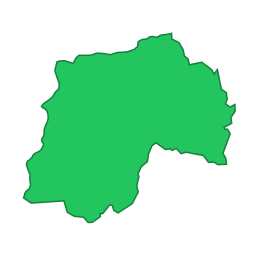 the district of Delchevo, Delčevo, North Macedonia, rotated 267°
{"feature_id": "65306769B90097726978799", "entity_name": "Delchevo", "entity_type": "district", "adm_level": 2, "iso_a3": "MKD", "parent_name": "North Macedonia", "parent_adm1": "Delčevo", "projection": "robinson", "projection_center": [22.782, 41.938], "detail": "fine", "context": "isolated", "style": "filled", "palette": "green", "viewbox_px": 256, "rotation_deg": 267, "n_neighbors": 0, "source": "geoboundaries", "source_scale": "gbopen_adm2", "svg_char_len": 2081}
<svg xmlns="http://www.w3.org/2000/svg" viewBox="0 0 256 256"><g transform="rotate(267 128 128)"><path d="M145.9,236.0L143.6,231.0L147.1,226.6L151.5,228.6L158.3,228.0L161.7,223.3L181.7,220.3L177.3,216.9L182.1,214.4L189.8,205.1L187.9,192.6L193.8,191.6L197.0,188.1L203.5,187.1L210.6,183.4L214.5,176.5L220.3,176.4L220.0,175.6L219.3,170.1L219.1,166.8L218.9,165.0L217.5,163.1L217.4,162.5L217.3,160.6L217.3,159.9L218.1,157.3L218.0,154.7L217.3,153.5L216.6,152.4L215.8,151.1L215.8,147.7L215.6,147.0L215.1,145.4L213.6,142.7L208.7,141.7L207.4,139.9L206.2,138.3L205.9,137.7L205.7,137.0L204.1,131.3L203.9,126.7L204.0,121.8L202.9,117.0L202.2,114.9L202.6,111.9L203.6,107.9L204.1,104.3L204.3,100.8L203.8,98.3L202.8,96.1L202.7,91.2L203.0,85.7L203.2,83.0L201.7,80.9L199.7,79.1L195.7,76.9L195.8,75.7L197.3,71.3L198.3,69.1L198.6,66.4L198.3,62.3L197.9,60.7L196.3,60.1L191.0,58.5L188.2,58.1L182.7,59.7L179.9,60.5L176.9,61.4L175.3,61.7L172.3,61.2L170.7,60.8L169.9,60.4L169.6,59.6L169.0,58.8L167.6,57.3L167.0,56.9L164.7,55.4L162.7,54.0L159.1,48.8L156.9,45.2L154.2,42.7L152.5,44.0L152.0,45.5L149.2,48.1L146.0,48.7L142.0,48.9L138.0,47.6L134.6,45.7L129.9,44.0L128.0,44.1L126.3,43.8L124.2,43.4L123.3,42.6L122.4,41.9L121.1,41.2L119.9,41.1L119.3,41.2L116.7,42.8L115.3,42.6L114.4,42.2L112.0,40.9L110.4,39.6L109.1,37.6L108.1,35.0L107.3,33.3L105.5,31.5L104.9,31.3L104.3,31.1L101.4,28.0L100.8,27.4L100.1,25.7L96.9,24.6L91.9,25.9L86.4,27.6L85.2,27.7L83.2,27.3L77.8,27.5L76.0,27.7L73.7,26.7L72.1,25.9L70.8,23.7L69.9,22.8L68.9,22.0L64.7,20.5L63.7,20.0L58.1,27.4L58.6,60.2L47.0,63.0L42.6,69.8L41.3,78.8L35.7,83.3L35.7,87.4L40.9,95.7L43.9,95.8L43.9,98.4L52.3,105.8L51.3,108.4L46.6,109.4L43.7,113.6L52.3,128.3L63.6,134.9L69.5,133.6L79.0,136.4L81.6,135.5L88.7,139.3L93.5,145.6L101.1,147.1L109.1,151.0L111.7,155.3L104.5,164.4L105.1,168.6L103.3,171.0L105.1,175.1L99.6,179.7L100.8,184.7L96.6,201.8L89.5,206.6L89.4,212.1L86.7,215.8L86.7,224.5L92.9,224.0L97.7,221.5L116.8,229.7L121.6,227.4L121.6,224.9L123.6,224.0L127.3,231.8L133.0,231.3L139.1,235.8L145.9,236.0Z" fill="#22c55e" stroke="#15803d" stroke-width="1.5"/></g></svg>